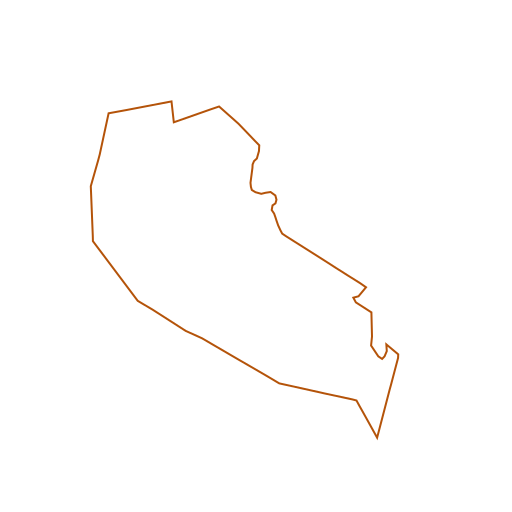 Gravatá, Pernambuco, Brazil, rotated 304°
{"feature_id": "56859067B88428954360923", "entity_name": "Gravatá", "entity_type": "district", "adm_level": 2, "iso_a3": "BRA", "parent_name": "Brazil", "parent_adm1": "Pernambuco", "projection": "equal_earth", "projection_center": [-35.541, -8.216], "detail": "fine", "context": "isolated", "style": "outline", "palette": "amber", "viewbox_px": 512, "rotation_deg": 304, "n_neighbors": 0, "source": "geoboundaries", "source_scale": "gbopen_adm2", "svg_char_len": 1120}
<svg xmlns="http://www.w3.org/2000/svg" viewBox="0 0 512 512"><g transform="rotate(304 256 256)"><path d="M291.6,364.7L291.7,357.7L291.2,342.8L290.8,329.0L290.5,314.8L289.5,280.5L289.2,270.0L289.2,265.2L290.9,262.0L293.8,257.2L296.8,253.2L299.0,250.4L301.3,247.3L302.9,243.3L307.2,241.4L310.5,242.7L314.1,241.5L317.0,238.2L317.2,232.3L313.7,228.5L310.5,225.6L308.6,219.9L308.4,215.6L310.5,213.1L313.6,210.5L327.0,203.8L330.0,202.0L333.6,201.3L337.3,202.2L344.6,199.8L349.6,196.8L350.8,190.9L354.4,174.4L355.9,167.3L359.3,141.8L352.2,136.4L320.9,113.1L336.9,99.5L304.2,66.6L291.9,54.0L252.7,69.7L246.6,71.8L221.5,80.0L181.6,109.3L177.1,112.5L152.7,183.0L153.1,190.4L153.7,200.2L154.6,239.7L157.6,257.2L158.5,271.2L160.5,301.7L161.3,313.0L162.7,334.1L163.4,346.5L178.9,385.8L180.2,389.2L191.0,416.1L192.4,420.1L189.5,425.7L187.8,429.1L182.8,439.0L173.1,458.0L179.4,455.8L220.3,441.4L224.5,440.0L250.9,430.8L254.0,428.9L255.6,413.5L250.3,417.6L244.7,418.7L241.2,418.1L241.2,413.5L246.1,401.5L254.1,397.2L273.8,383.2L273.4,364.7L275.9,360.0L279.9,363.5L291.6,364.7Z" fill="none" stroke="#b45309" stroke-width="2"/></g></svg>